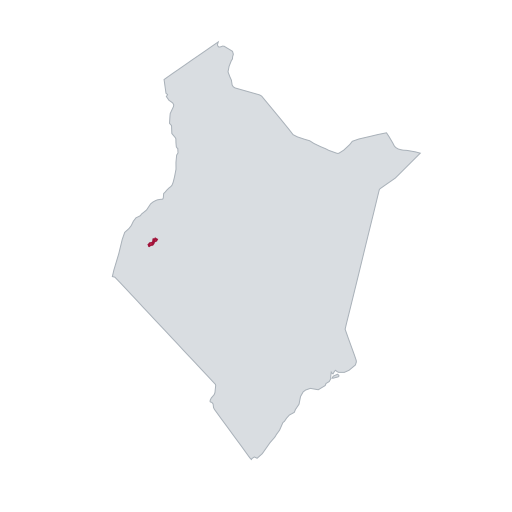 Hamisi, Western, Kenya (highlighted), rotated 14°
{"feature_id": "3690345B54311955774666", "entity_name": "Hamisi", "entity_type": "district", "adm_level": 2, "iso_a3": "KEN", "parent_name": "Kenya", "parent_adm1": "Western", "projection": "natural_earth1", "projection_center": [34.822, 0.093], "detail": "fine", "context": "in_parent", "style": "filled", "palette": "rose", "viewbox_px": 512, "rotation_deg": 14, "n_neighbors": 0, "source": "geoboundaries", "source_scale": "gbopen_adm2", "svg_char_len": 4607}
<svg xmlns="http://www.w3.org/2000/svg" viewBox="0 0 512 512"><g transform="rotate(14 256 256)"><path d="M121.6,310.7L121.5,304.0L122.3,287.1L122.2,272.3L122.9,264.8L126.1,260.1L127.6,256.7L128.6,251.9L130.3,248.0L134.1,244.8L134.7,243.1L138.7,237.8L141.1,231.0L142.9,228.6L145.2,226.5L146.7,225.4L149.4,224.2L151.4,223.6L151.8,223.1L152.0,222.0L151.3,217.7L152.2,216.3L153.6,213.5L155.2,210.9L156.6,209.2L157.4,207.5L157.8,204.5L157.8,202.4L157.8,199.0L157.4,191.2L155.7,184.6L154.6,177.3L155.4,174.9L154.1,170.6L153.4,170.4L152.3,169.4L150.9,165.4L149.9,161.7L149.2,160.8L144.7,157.5L142.5,149.9L140.0,148.2L138.6,140.6L138.3,138.5L139.8,130.9L139.6,129.2L138.1,127.6L133.9,126.0L130.4,122.9L130.9,121.8L131.1,120.7L129.3,119.9L124.1,107.0L130.8,99.2L137.7,91.4L146.4,81.4L154.5,72.3L161.4,64.4L167.6,57.4L167.5,58.7L167.5,60.5L168.3,61.6L169.5,62.3L171.3,61.5L172.8,60.4L174.4,60.2L183.7,63.1L185.2,65.7L185.1,68.4L185.5,70.4L184.8,72.4L184.0,78.5L184.3,84.1L187.1,88.2L189.6,91.4L191.5,95.9L193.0,97.3L195.0,98.0L201.4,98.2L210.9,98.5L220.0,98.8L220.8,98.9L222.8,99.5L231.2,105.7L238.8,111.3L245.3,116.1L251.7,120.9L257.8,125.5L262.6,129.3L267.3,130.4L274.9,131.0L280.2,131.2L285.0,132.8L292.3,134.3L297.7,135.1L301.0,135.9L310.0,136.8L311.5,136.3L315.5,132.1L320.0,125.2L321.7,121.4L327.5,117.6L337.7,112.4L344.8,108.7L352.8,104.9L356.4,108.2L361.4,113.3L363.7,115.9L365.5,117.0L368.2,117.8L371.5,117.8L373.3,117.7L377.0,117.0L385.6,116.4L390.5,116.5L386.4,123.3L381.4,131.6L372.3,146.7L365.3,154.7L360.1,160.7L359.6,161.8L359.6,168.5L359.7,185.0L359.8,217.9L360.0,250.7L360.1,283.6L360.1,300.0L360.2,305.5L364.8,312.5L369.3,319.2L375.3,328.1L378.4,332.9L379.0,334.5L378.8,337.7L373.9,344.4L369.9,347.5L364.4,348.9L362.8,348.6L360.7,347.7L359.9,349.3L359.2,351.8L358.0,351.3L357.1,350.5L357.7,355.0L358.2,357.2L357.4,360.1L354.8,362.7L354.5,364.9L348.8,370.7L340.7,371.3L336.5,374.1L334.6,376.5L333.2,381.6L333.6,389.4L331.4,395.4L331.0,398.4L326.8,402.3L324.9,405.9L323.6,409.5L322.4,411.1L321.0,419.3L319.0,424.2L318.5,425.9L318.0,427.4L316.5,430.3L315.5,432.3L314.8,433.6L309.9,446.3L306.0,452.0L303.0,451.4L301.0,453.6L300.8,454.6L299.7,454.0L297.2,452.0L292.0,447.6L286.9,443.3L281.7,439.0L276.5,434.7L271.4,430.4L266.2,426.1L261.0,421.8L255.9,417.5L252.8,414.9L251.5,413.4L250.4,410.5L249.9,409.7L248.6,408.8L246.9,408.6L246.5,408.0L246.5,406.6L247.0,404.5L249.0,400.5L249.2,398.2L248.8,395.6L248.2,391.3L247.7,390.4L244.3,388.2L237.1,383.5L229.9,378.9L222.7,374.2L215.5,369.6L208.3,365.0L201.2,360.3L194.0,355.7L186.8,351.0L179.6,346.4L172.4,341.8L165.2,337.1L158.0,332.5L150.9,327.8L143.7,323.2L136.5,318.5L129.3,313.9L126.6,312.2L124.2,310.7L121.6,310.7ZM360.6,355.8L359.4,356.1L360.0,353.9L363.7,351.0L365.2,351.7L365.5,352.3L365.4,352.9L364.8,353.5L360.6,355.8Z" fill="#d9dde1" stroke="#a8b0b8" stroke-width="1"/><path d="M155.5,265.6L155.7,265.4L155.8,265.2L155.8,264.9L155.9,264.6L156.1,263.8L155.9,263.8L155.7,263.8L155.5,264.0L155.4,263.9L155.2,263.8L155.2,263.7L154.9,263.5L154.7,263.7L154.8,263.7L154.8,263.8L154.7,263.8L154.4,263.8L154.3,263.7L154.3,263.8L154.2,263.8L154.1,264.0L154.1,263.9L153.9,263.8L153.9,264.0L153.7,264.0L153.6,264.3L153.4,264.4L153.4,264.5L153.3,264.4L153.2,264.4L152.9,264.4L152.7,264.3L152.4,264.3L152.2,264.4L152.2,264.5L152.3,264.5L152.4,264.8L152.3,265.0L152.4,265.3L152.5,265.4L152.7,265.5L152.8,265.7L152.7,265.8L152.6,265.7L152.5,265.8L152.8,266.0L152.7,266.2L152.6,266.3L152.7,266.5L152.5,266.8L152.5,267.0L152.4,267.2L152.4,267.3L152.4,267.5L152.2,267.6L152.2,267.8L152.3,267.9L152.2,267.9L152.2,268.0L152.0,268.3L151.9,268.3L151.7,268.4L151.4,268.5L151.2,268.5L150.9,268.6L150.6,268.8L150.4,268.9L150.2,269.0L149.9,269.0L149.7,269.3L149.6,269.5L149.4,269.7L149.3,269.8L149.4,270.1L149.4,270.3L149.3,270.5L149.3,270.8L149.2,270.8L149.1,271.0L148.9,271.1L149.0,271.2L149.0,271.3L149.1,271.5L149.3,271.7L149.4,271.9L149.5,272.0L149.8,272.5L150.0,272.5L150.1,272.4L150.1,272.2L149.9,271.9L149.8,271.7L149.9,271.4L150.0,271.4L150.2,271.2L150.3,271.2L150.5,271.2L150.5,271.3L150.5,271.5L150.8,271.5L150.9,271.4L151.0,271.4L151.2,271.2L151.3,271.1L151.5,270.9L151.6,270.7L151.8,270.7L152.0,270.7L152.2,270.4L152.3,270.4L152.5,270.3L152.5,270.2L152.6,270.3L152.8,270.4L153.0,270.3L153.1,270.2L153.2,269.9L153.3,269.6L153.5,269.2L153.4,269.1L153.5,269.0L153.5,268.8L153.6,268.7L153.8,268.4L153.8,268.2L153.8,267.9L153.8,267.7L153.8,267.4L153.8,267.2L153.8,266.9L154.0,266.8L154.1,266.6L154.2,266.4L154.3,266.4L154.5,266.3L154.5,266.2L154.8,265.9L155.0,265.8L155.1,265.7L155.3,265.6L155.5,265.6Z" fill="#f43f5e" stroke="#9f1239" stroke-width="1.5"/></g></svg>